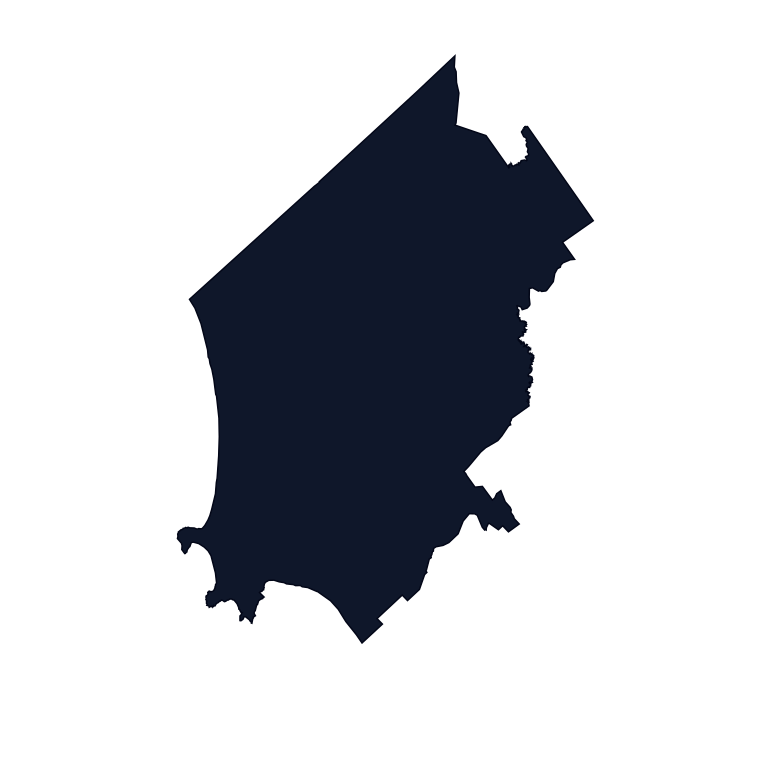 Glenelg, Victoria, Australia (Mercator projection), rotated 47°
{"feature_id": "25037944B68247262621131", "entity_name": "Glenelg", "entity_type": "district", "adm_level": 2, "iso_a3": "AUS", "parent_name": "Australia", "parent_adm1": "Victoria", "projection": "mercator", "projection_center": [141.502, -37.891], "detail": "fine", "context": "isolated", "style": "filled", "palette": "ink", "viewbox_px": 768, "rotation_deg": 47, "n_neighbors": 0, "source": "geoboundaries", "source_scale": "gbopen_adm2", "svg_char_len": 6158}
<svg xmlns="http://www.w3.org/2000/svg" viewBox="0 0 768 768"><g transform="rotate(47 384 384)"><path d="M407.3,119.6L293.6,103.5L293.1,104.8L292.4,104.6L291.9,105.4L292.7,105.7L292.0,106.9L293.1,107.6L292.5,108.7L293.3,109.5L293.1,111.0L293.5,111.6L298.4,113.1L300.5,112.3L302.2,112.7L302.9,114.2L304.8,114.0L305.7,116.5L307.1,117.5L310.1,118.0L312.0,120.8L313.7,121.0L315.3,122.3L315.4,122.8L314.4,125.0L314.5,125.8L317.3,126.3L317.9,127.0L317.9,127.5L316.1,128.4L314.2,131.4L315.2,133.4L314.8,134.7L314.1,134.5L314.0,135.2L315.5,136.1L313.8,137.1L314.2,138.4L313.3,138.6L313.0,141.1L312.5,141.5L312.1,140.5L312.2,141.5L311.1,141.7L310.3,140.7L309.4,140.6L309.7,140.9L309.0,142.0L309.0,143.5L310.5,144.5L311.1,144.3L311.1,145.3L272.0,140.0L243.1,155.5L242.2,153.3L222.3,130.8L213.0,125.4L204.8,118.3L200.2,116.5L192.4,108.4L192.7,161.7L191.9,293.4L192.5,293.7L191.9,300.2L189.4,468.5L199.6,470.5L215.0,476.6L238.8,489.8L244.4,494.2L246.4,494.6L250.5,497.4L255.8,499.8L264.6,505.3L276.8,514.1L278.6,514.7L296.4,528.0L310.3,540.5L323.9,554.0L339.1,570.3L341.7,573.8L349.4,582.2L358.3,595.7L361.5,601.1L363.5,605.6L365.3,611.6L365.7,615.4L365.2,616.5L363.3,618.2L362.7,619.7L359.9,621.0L356.8,624.1L355.1,625.0L355.1,626.3L353.7,626.8L353.3,628.6L352.6,629.3L353.0,630.4L352.2,631.8L352.0,635.4L352.7,636.0L353.0,637.2L354.8,638.5L356.2,640.5L362.3,640.7L364.6,642.0L367.2,644.8L372.1,645.4L372.5,644.7L372.0,643.9L372.4,642.8L371.1,641.0L370.4,637.9L370.5,636.9L368.7,633.5L368.7,632.7L369.6,631.3L374.4,628.3L380.7,626.7L386.0,626.4L391.6,627.6L407.2,636.1L415.4,642.2L415.9,644.1L417.0,645.3L417.2,646.1L417.7,646.1L419.1,649.9L418.0,652.2L416.2,653.1L416.5,654.3L416.2,654.4L416.2,655.0L417.8,656.1L418.0,657.4L417.7,658.4L418.2,658.7L418.2,659.4L419.9,660.5L420.1,661.2L422.2,661.8L422.4,662.2L422.2,662.3L423.5,663.5L424.6,663.5L425.0,664.5L426.8,663.4L428.1,664.1L428.6,661.9L429.3,661.9L429.4,661.3L430.1,661.2L430.0,660.8L430.3,661.1L430.3,659.6L431.0,659.0L430.2,656.2L430.8,654.3L430.7,652.3L431.1,652.0L431.2,650.3L432.4,649.5L434.3,649.2L434.9,648.1L435.2,646.0L435.9,645.1L436.0,643.7L437.3,642.0L438.2,642.0L439.9,641.0L444.5,641.3L448.6,642.8L449.6,643.7L450.2,643.4L453.1,644.3L454.4,643.7L454.4,644.3L455.3,645.6L455.4,647.5L458.8,650.7L459.6,650.1L459.9,647.6L458.8,645.0L459.8,644.0L465.0,643.2L465.5,643.6L467.5,643.4L468.3,644.1L468.9,643.8L466.3,640.3L465.9,638.9L465.3,638.6L465.8,636.1L463.3,635.5L462.3,634.5L461.9,632.7L458.6,627.6L458.9,627.2L459.3,627.5L457.0,623.5L457.3,621.1L458.4,618.4L457.4,620.3L458.0,617.0L451.6,617.3L451.6,616.2L452.4,614.7L452.0,613.8L452.4,612.3L451.6,611.7L451.3,610.6L450.2,610.0L448.7,607.9L448.1,606.0L449.0,602.2L452.4,598.3L457.3,595.5L461.2,592.5L463.7,591.6L468.9,587.1L471.1,586.2L474.3,582.6L476.5,582.1L480.8,578.6L490.1,574.5L491.1,573.4L490.7,574.1L506.1,570.9L517.6,571.1L531.7,573.9L548.5,575.2L558.4,576.7L558.5,548.9L550.8,549.1L550.8,530.0L550.8,514.6L558.4,514.5L558.4,498.2L551.1,484.3L551.0,481.1L549.1,480.8L549.0,479.9L542.9,470.3L543.2,467.9L541.9,467.0L541.4,465.4L539.7,463.1L539.9,461.9L538.1,459.9L538.5,457.0L542.3,450.9L544.2,444.7L544.1,432.0L538.2,419.6L537.0,410.1L540.8,406.2L543.6,405.3L555.8,409.8L559.4,410.0L559.4,409.3L560.5,408.9L558.9,407.1L557.1,402.6L558.2,401.9L568.6,399.7L568.6,393.9L577.0,393.8L578.6,380.6L571.4,380.6L569.0,379.5L564.4,378.8L562.8,376.8L560.2,375.9L552.8,375.7L541.7,371.3L541.1,376.4L542.9,380.7L542.8,383.9L526.0,381.9L521.5,387.8L507.7,386.0L505.2,385.3L502.4,385.3L502.0,378.4L499.7,359.8L499.9,353.1L503.0,339.4L502.3,333.2L499.7,322.2L499.6,320.7L500.2,319.2L497.8,317.9L497.2,315.6L496.1,314.1L498.9,292.8L498.2,292.7L497.5,291.7L496.0,291.4L496.2,290.6L495.7,290.6L495.4,289.8L494.2,290.8L494.2,289.8L493.4,289.6L494.1,288.8L493.1,287.1L493.5,286.7L492.7,285.7L491.9,286.4L491.1,286.0L490.5,286.4L488.9,284.8L489.6,284.2L489.4,283.7L488.7,284.2L487.6,284.0L486.4,285.5L485.9,285.3L485.9,284.6L485.2,284.2L485.4,283.3L485.8,283.1L484.5,281.5L484.7,280.3L485.3,280.4L485.8,279.8L485.1,279.0L485.4,278.1L484.0,276.6L482.9,277.3L482.0,276.9L481.9,276.3L483.2,275.5L483.3,275.1L483.7,275.2L484.0,274.3L482.8,274.1L482.2,272.5L479.8,271.1L477.4,272.0L477.1,273.1L475.7,272.5L475.2,270.3L475.6,269.3L475.0,267.0L474.2,265.8L473.4,265.2L473.4,266.0L472.7,265.9L471.5,266.6L471.1,265.8L471.7,264.7L470.0,264.3L469.9,263.9L469.4,264.2L470.6,262.3L468.8,261.4L469.0,259.4L468.4,259.4L468.0,260.3L467.1,259.5L466.5,260.2L466.0,260.0L465.7,259.1L467.9,258.7L467.5,257.5L466.3,257.5L467.1,256.8L466.6,256.1L465.8,256.1L465.2,255.1L463.7,255.5L463.5,256.0L462.6,255.2L462.5,256.1L462.0,256.3L461.0,256.0L461.3,257.0L459.0,257.2L458.1,256.4L458.5,255.8L457.4,254.8L457.9,254.4L457.6,253.9L458.4,254.2L458.9,253.5L458.1,252.7L457.9,253.4L456.6,252.6L456.1,253.2L455.4,253.1L455.1,254.4L454.4,254.7L454.1,254.0L453.5,254.0L453.1,252.4L452.4,252.6L452.7,255.4L452.0,256.2L451.8,255.1L451.3,254.8L451.4,254.3L450.6,254.3L450.2,253.8L449.5,254.2L449.4,253.5L448.7,253.2L448.4,253.5L448.9,254.2L447.9,255.1L448.6,255.8L448.4,256.5L447.2,256.2L446.9,255.5L447.5,255.1L446.9,254.5L446.5,255.0L446.0,254.7L446.2,255.5L445.9,255.8L445.2,255.9L445.0,255.2L444.4,255.6L444.0,255.0L443.2,255.7L441.7,253.8L442.4,253.0L442.0,251.5L443.6,249.5L443.0,249.0L443.1,248.3L442.3,247.8L441.2,248.0L441.3,247.2L440.6,247.0L442.2,245.9L442.6,244.9L442.2,244.6L440.7,245.4L441.4,244.6L441.0,244.2L441.4,244.0L441.4,242.9L439.8,244.1L439.5,243.0L438.2,242.6L437.7,241.7L438.7,240.5L437.5,240.1L437.7,239.2L435.9,239.3L436.3,238.1L435.8,237.9L434.2,238.4L434.0,239.2L433.3,238.9L433.0,239.9L432.3,239.8L431.8,241.0L430.7,241.5L430.4,241.3L430.9,240.8L429.1,240.6L428.2,239.6L427.2,240.5L426.5,240.3L425.7,239.2L424.2,239.5L424.7,237.8L423.3,238.0L423.7,237.1L422.2,235.1L421.7,234.9L420.1,235.5L419.6,234.5L417.5,233.7L417.5,233.2L421.0,231.3L423.9,232.2L426.1,227.5L425.8,224.0L425.1,222.8L419.6,218.7L413.3,212.5L415.0,209.7L421.4,207.7L422.1,206.0L423.8,205.6L426.3,202.2L426.4,200.8L424.6,190.4L419.6,183.7L417.9,178.5L418.8,175.4L417.6,173.5L417.4,170.6L420.1,163.1L422.8,159.6L402.1,156.8L407.3,119.6Z" fill="#0f172a" stroke="#020617" stroke-width="1.5"/></g></svg>